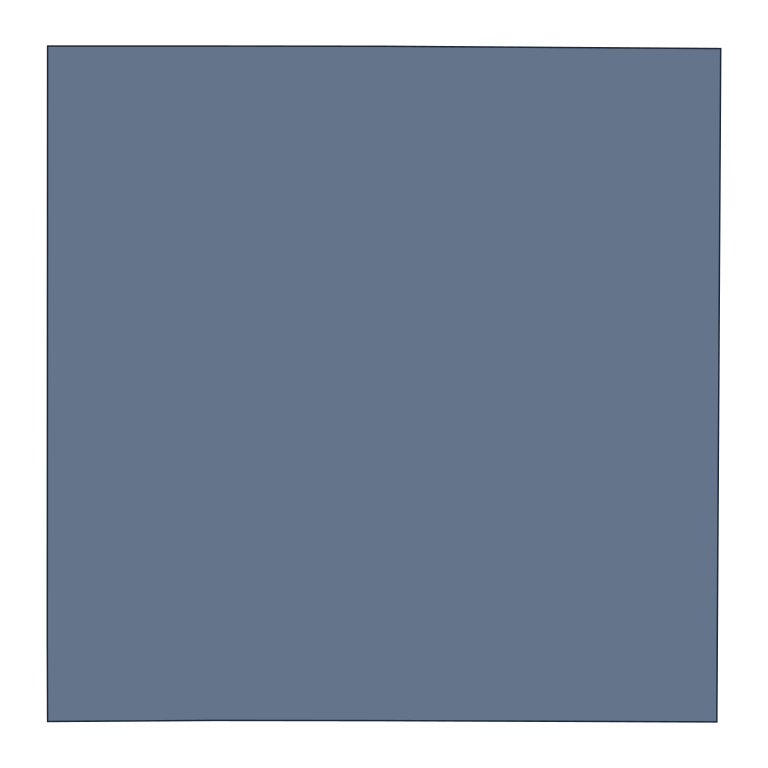 outline of Cerro Gordo, Iowa, United States of America, rotated 180°
{"feature_id": "52423323B72245679426009", "entity_name": "Cerro Gordo", "entity_type": "district", "adm_level": 2, "iso_a3": "USA", "parent_name": "United States of America", "parent_adm1": "Iowa", "projection": "orthographic", "projection_center": [-93.19, 43.082], "detail": "fine", "context": "isolated", "style": "filled", "palette": "slate", "viewbox_px": 768, "rotation_deg": 180, "n_neighbors": 0, "source": "geoboundaries", "source_scale": "gbopen_adm2", "svg_char_len": 284}
<svg xmlns="http://www.w3.org/2000/svg" viewBox="0 0 768 768"><g transform="rotate(180 384 384)"><path d="M720.4,46.5L554.5,47.6L386.5,47.4L51.2,46.1L47.3,719.4L383.8,721.7L552.6,721.9L720.4,721.9L720.7,129.4L720.4,46.5Z" fill="#64748b" stroke="#1e293b" stroke-width="1.5"/></g></svg>